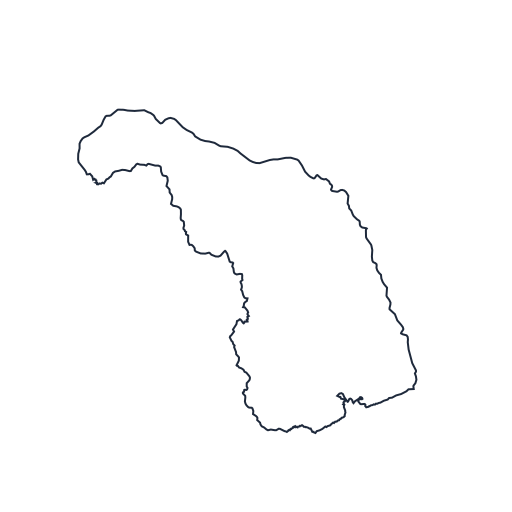 the district of Chiang Khong, Chiang Rai, Thailand, rotated 318°
{"feature_id": "78962969B70832563966269", "entity_name": "Chiang Khong", "entity_type": "district", "adm_level": 2, "iso_a3": "THA", "parent_name": "Thailand", "parent_adm1": "Chiang Rai", "projection": "robinson", "projection_center": [100.287, 20.178], "detail": "fine", "context": "isolated", "style": "outline", "palette": "slate", "viewbox_px": 512, "rotation_deg": 318, "n_neighbors": 0, "source": "geoboundaries", "source_scale": "gbopen_adm2", "svg_char_len": 6088}
<svg xmlns="http://www.w3.org/2000/svg" viewBox="0 0 512 512"><g transform="rotate(318 256 256)"><path d="M355.8,237.0L355.0,236.6L352.0,237.3L351.2,237.2L350.6,236.7L349.4,233.6L349.0,231.4L348.9,226.2L350.7,219.5L351.5,213.6L351.1,211.9L347.6,206.2L343.6,202.8L336.7,198.7L333.6,195.9L330.5,193.9L320.8,189.4L318.3,186.9L316.5,183.9L315.2,180.7L313.1,169.5L312.7,165.6L311.0,161.0L308.0,155.9L303.2,150.8L302.5,149.4L300.9,144.2L297.8,139.6L295.1,136.5L292.6,132.4L290.8,126.4L291.3,123.4L291.0,121.4L288.8,116.0L287.7,111.3L287.4,101.4L286.9,99.3L284.9,96.2L283.1,95.1L279.7,94.0L275.4,94.4L273.9,93.7L273.6,92.9L273.2,87.1L274.1,83.4L274.0,82.3L273.3,79.2L272.1,77.0L270.5,72.9L262.9,67.0L258.0,62.1L255.5,58.8L251.6,55.1L250.9,54.7L242.2,54.3L241.1,53.8L238.8,51.9L237.6,51.6L234.0,52.8L229.2,55.1L227.3,55.5L224.7,55.1L218.9,55.0L212.1,54.3L207.9,52.9L205.8,52.6L202.6,53.3L200.0,54.5L196.9,58.0L192.3,61.1L188.4,65.2L186.9,67.8L186.3,77.5L185.9,79.7L184.9,82.1L185.9,83.0L187.6,83.8L187.6,87.2L186.0,90.4L187.5,90.5L187.6,91.3L187.9,91.7L187.5,92.2L187.8,92.5L187.9,93.0L187.0,94.0L186.9,94.7L186.3,94.5L186.7,95.1L186.3,95.2L186.5,95.6L185.9,96.3L186.7,97.2L188.3,97.4L189.2,98.6L190.9,98.7L191.6,100.2L196.1,99.0L198.1,99.7L199.8,99.5L201.3,99.8L205.4,98.5L207.9,98.9L210.9,100.8L214.2,102.4L216.4,104.7L218.7,108.2L219.8,109.1L222.8,108.2L225.3,108.4L228.3,107.8L229.6,108.1L231.0,110.5L234.0,113.5L235.0,115.4L236.9,115.2L237.9,115.7L241.6,121.4L244.0,123.6L244.8,125.6L244.6,126.4L242.0,129.8L240.7,133.3L240.9,134.2L242.8,136.7L242.7,138.3L240.8,141.0L236.3,144.1L236.3,148.6L234.3,151.1L234.1,154.3L233.2,156.1L231.7,157.7L227.7,160.4L228.1,163.3L230.3,166.1L231.2,168.0L231.5,170.1L231.1,171.4L228.1,174.8L225.4,177.4L224.6,178.6L224.5,179.4L225.2,181.2L225.2,182.3L223.0,185.3L220.8,186.6L220.2,187.5L220.3,189.2L219.8,190.1L220.2,191.4L218.9,192.4L218.5,193.1L219.3,195.4L215.1,200.0L214.0,203.3L215.1,204.0L215.7,204.9L215.9,206.8L215.6,209.2L214.2,211.0L214.4,212.7L216.6,217.1L219.9,220.3L223.3,222.1L223.6,222.7L223.7,225.2L225.7,229.3L227.6,231.2L229.8,232.0L235.1,231.4L236.5,231.5L236.6,231.8L236.2,234.9L232.7,242.6L233.1,243.8L234.3,245.2L234.3,246.0L231.4,247.8L230.9,250.1L228.9,253.0L228.5,254.0L228.6,255.2L229.3,256.8L232.1,258.5L233.4,260.0L232.9,261.1L230.5,263.6L229.9,264.8L227.4,264.7L226.8,265.5L226.4,267.2L225.3,269.0L224.3,270.0L222.4,271.0L222.2,272.9L220.4,276.3L219.6,278.9L219.9,280.3L221.3,281.8L219.1,283.3L217.3,283.0L215.5,283.2L213.6,284.8L212.2,285.4L213.3,286.7L213.1,290.8L212.4,292.7L211.2,293.1L210.6,293.7L210.5,295.8L208.8,295.5L207.9,297.3L206.4,297.2L206.2,297.5L206.2,298.8L205.9,299.1L203.6,297.1L202.7,297.7L201.8,297.8L201.6,296.8L202.0,294.0L201.9,292.6L201.5,292.1L200.0,292.2L198.4,291.6L195.8,293.6L189.7,295.2L189.1,297.5L184.4,298.4L183.2,298.3L182.1,298.9L181.0,302.7L181.2,304.0L180.1,306.4L180.2,308.2L178.8,309.0L176.9,314.0L175.5,315.8L175.6,319.2L175.4,320.1L173.2,322.3L168.4,324.2L168.4,324.9L169.0,325.6L168.8,327.5L170.0,329.7L170.6,332.1L170.0,334.4L170.8,336.2L170.6,341.0L170.2,342.2L169.2,343.2L167.9,343.9L164.0,344.3L161.8,346.7L161.4,348.4L160.1,349.2L159.2,349.1L158.2,347.9L157.5,347.7L156.3,348.9L155.3,348.6L154.6,348.9L154.3,349.5L154.4,352.7L153.4,354.0L150.4,356.7L149.4,358.7L149.0,360.7L149.1,363.1L149.5,364.1L151.3,365.9L151.4,366.8L150.3,369.4L148.0,371.5L148.9,374.8L149.0,376.2L148.7,377.3L147.1,378.7L147.5,382.6L146.6,384.2L146.3,386.4L147.3,388.9L147.7,391.9L148.3,393.5L150.9,394.9L153.3,397.9L154.5,399.0L157.4,399.6L158.2,400.6L160.0,405.2L161.0,406.7L161.2,407.4L162.8,407.5L163.4,407.2L164.7,407.5L164.7,408.1L166.3,407.8L166.5,408.2L167.3,408.1L168.2,408.5L168.9,407.9L169.7,408.1L169.9,408.5L170.4,408.4L170.5,409.3L171.5,409.1L171.5,410.0L172.2,411.2L173.0,410.9L174.4,411.9L175.0,411.6L175.7,412.3L177.0,412.5L177.3,413.7L177.2,414.8L178.2,415.8L178.2,416.3L178.8,416.7L179.8,418.4L180.3,420.2L181.2,420.8L180.2,424.4L181.1,425.1L180.9,425.6L181.7,427.3L183.9,426.8L186.6,428.1L189.6,428.9L193.4,429.1L193.9,430.3L195.3,430.3L198.0,431.6L198.7,431.3L201.9,431.4L202.2,432.3L204.0,432.1L205.2,433.1L206.7,433.0L207.9,433.7L208.9,433.3L210.1,433.8L211.4,433.5L211.9,433.9L213.4,434.4L214.9,434.3L215.2,433.7L217.8,432.1L218.4,431.0L218.9,430.5L220.2,427.1L221.3,426.0L222.0,425.7L221.6,424.7L222.4,424.7L222.7,423.6L223.5,423.2L224.8,423.5L225.3,423.2L225.4,421.3L223.7,418.9L224.4,417.2L223.8,416.8L222.8,414.3L225.9,414.1L227.7,415.1L228.2,416.8L227.1,420.2L226.5,425.6L227.0,425.8L229.7,424.7L230.6,425.0L231.0,425.8L231.0,427.7L230.1,429.3L230.0,430.6L232.4,430.2L237.1,430.9L239.0,430.6L239.7,431.4L239.9,432.5L239.5,433.4L238.8,433.3L237.8,432.2L236.7,431.7L235.3,431.8L234.7,432.5L234.5,435.9L235.2,436.7L237.5,438.4L237.8,438.9L237.7,439.9L236.8,440.5L236.7,442.2L238.8,443.4L239.7,443.3L240.1,443.7L241.3,443.8L242.9,444.8L244.2,445.0L244.9,446.0L246.4,446.0L247.0,446.8L249.0,447.4L250.3,448.2L254.2,449.1L257.8,450.8L259.9,450.6L262.3,452.3L266.9,453.4L271.5,455.7L277.3,457.2L280.1,457.1L284.2,460.4L285.8,458.1L286.4,457.7L289.3,457.2L292.4,455.3L294.3,452.5L295.5,449.6L297.5,449.0L298.3,448.1L300.4,440.2L306.8,427.7L311.1,421.6L313.1,419.7L314.6,417.6L314.8,415.7L312.6,412.3L312.0,410.6L312.7,410.1L316.2,409.2L316.8,408.6L317.5,407.1L317.8,404.3L317.9,398.4L320.3,392.2L319.6,385.0L320.4,384.0L323.4,382.0L324.8,380.6L325.7,377.5L326.0,373.9L326.4,372.8L332.2,367.2L332.3,362.8L332.8,360.0L334.1,356.6L336.3,353.6L336.1,350.8L336.5,347.8L337.6,345.4L339.6,343.5L340.1,342.6L339.9,341.1L339.0,339.0L339.4,337.2L341.7,334.0L346.4,329.4L348.7,325.5L349.1,324.5L349.9,317.0L350.4,315.6L354.7,310.6L355.4,310.0L356.7,309.7L356.5,309.1L354.0,305.9L353.6,303.8L354.1,302.3L356.0,299.9L356.3,299.0L355.6,296.2L355.3,291.7L355.7,289.9L357.2,285.9L357.1,283.1L358.6,280.9L359.2,278.3L364.9,273.1L365.7,268.8L365.4,266.4L364.3,264.6L362.9,263.6L360.3,263.1L359.2,262.5L356.1,258.6L356.0,257.4L356.2,256.8L358.8,255.6L359.5,254.6L359.7,253.4L359.3,251.8L360.2,249.5L359.5,245.6L357.8,244.6L356.3,242.1L355.8,237.0Z" fill="none" stroke="#1e293b" stroke-width="2"/></g></svg>